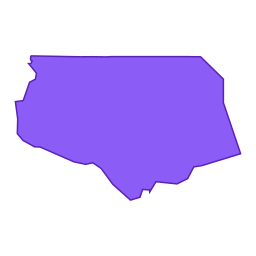 the district of Gates, North Carolina, United States of America
{"feature_id": "52423323B73755605771607", "entity_name": "Gates", "entity_type": "district", "adm_level": 2, "iso_a3": "USA", "parent_name": "United States of America", "parent_adm1": "North Carolina", "projection": "orthographic", "projection_center": [-76.756, 36.424], "detail": "fine", "context": "isolated", "style": "filled", "palette": "violet", "viewbox_px": 256, "rotation_deg": 0, "n_neighbors": 0, "source": "geoboundaries", "source_scale": "gbopen_adm2", "svg_char_len": 650}
<svg xmlns="http://www.w3.org/2000/svg" viewBox="0 0 256 256"><path d="M31.2,55.9L30.7,56.6L30.5,59.3L31.1,60.5L31.8,60.6L32.0,61.2L31.0,63.3L30.6,63.6L28.6,63.6L36.5,73.2L35.4,79.2L29.6,82.2L23.2,100.6L15.4,101.6L17.7,118.9L17.3,133.7L23.1,140.5L34.6,146.8L40.0,147.0L73.8,161.8L85.6,164.3L92.9,162.8L101.1,168.4L112.9,184.4L130.5,200.1L140.0,197.2L142.6,189.4L149.4,190.0L149.5,189.9L149.7,192.0L156.0,181.7L177.0,183.9L187.6,178.6L192.6,169.1L193.8,166.9L201.9,165.6L240.6,153.7L223.4,102.8L223.4,79.1L200.6,56.8L193.2,56.7L185.2,56.6L111.5,56.6L106.4,56.9L92.1,56.7L80.4,56.8L31.2,55.9Z" fill="#8b5cf6" stroke="#5b21b6" stroke-width="1.5"/></svg>